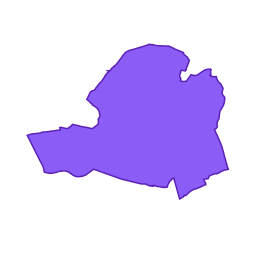 outline of Uitgeest, Noord-Holland, Netherlands, rotated 170°
{"feature_id": "6326949B50941675836803", "entity_name": "Uitgeest", "entity_type": "district", "adm_level": 2, "iso_a3": "NLD", "parent_name": "Netherlands", "parent_adm1": "Noord-Holland", "projection": "robinson", "projection_center": [4.72, 52.523], "detail": "fine", "context": "isolated", "style": "filled", "palette": "violet", "viewbox_px": 256, "rotation_deg": 170, "n_neighbors": 0, "source": "geoboundaries", "source_scale": "gbopen_adm2", "svg_char_len": 5471}
<svg xmlns="http://www.w3.org/2000/svg" viewBox="0 0 256 256"><g transform="rotate(170 128 128)"><path d="M218.1,99.0L216.8,98.5L215.6,97.9L214.5,97.5L213.0,97.0L211.5,96.7L210.6,96.7L208.5,96.7L205.5,96.9L203.4,97.2L202.2,97.2L198.5,96.9L196.9,96.5L196.1,96.1L195.3,95.7L194.3,95.0L193.4,94.2L190.2,91.0L188.7,89.9L188.1,89.5L187.2,89.1L184.3,88.5L183.0,88.4L182.2,88.4L179.8,88.6L178.2,88.9L169.0,93.4L143.1,78.7L125.6,71.0L124.5,70.6L121.4,70.0L120.6,69.8L119.5,69.1L118.0,68.0L117.1,67.6L116.6,67.1L115.4,67.3L115.2,67.3L114.9,67.2L114.7,67.1L114.5,66.7L114.4,66.7L114.5,66.5L114.2,66.4L113.8,66.5L113.5,66.4L113.4,66.3L113.1,66.4L112.9,66.6L112.7,66.9L112.6,67.2L111.4,66.2L110.7,66.1L109.2,65.3L108.7,65.1L108.2,65.1L106.5,64.5L103.9,63.4L103.8,63.7L101.4,62.9L101.2,63.2L100.9,63.2L100.5,63.1L99.6,63.0L98.9,64.7L98.5,65.2L97.5,66.5L96.3,68.0L95.9,68.4L95.1,69.0L93.8,69.7L93.8,69.9L91.6,70.9L90.2,56.4L89.5,49.2L85.5,50.6L85.2,50.9L84.1,51.4L84.1,51.6L84.3,51.9L84.1,52.0L84.0,51.8L83.8,51.7L82.3,51.7L80.9,52.7L80.8,52.8L79.5,53.7L77.7,54.8L75.2,55.7L74.4,56.0L70.4,56.5L67.0,57.3L65.0,57.9L62.5,58.5L61.8,58.7L61.6,58.7L61.6,58.8L61.2,58.7L61.1,59.7L61.1,60.2L61.2,60.8L61.3,61.1L61.8,61.9L62.0,62.3L62.1,62.7L62.3,64.1L61.1,64.3L57.9,64.2L57.8,64.4L57.3,64.8L57.2,65.0L57.0,65.8L56.9,66.1L56.6,66.4L56.4,66.6L55.2,66.8L54.4,67.1L52.5,67.6L52.4,67.6L52.1,67.5L51.3,67.6L50.3,67.9L49.9,67.9L49.5,67.8L49.1,67.5L48.1,67.6L47.2,67.9L46.0,68.0L45.9,68.3L45.4,68.4L44.8,68.7L43.4,69.0L40.2,69.9L39.2,69.7L36.3,69.9L36.4,70.4L36.6,71.2L36.9,72.6L37.0,73.9L37.8,82.6L37.9,83.3L38.0,83.6L38.0,84.0L38.0,84.5L38.0,85.0L38.7,93.1L38.9,94.2L39.1,94.8L39.2,95.2L39.2,95.8L39.3,96.1L41.6,105.8L42.0,107.0L42.3,107.8L42.3,108.0L42.4,108.7L43.1,111.6L42.3,111.9L41.4,112.2L41.0,112.4L40.3,113.0L39.7,114.2L39.7,114.4L39.9,114.9L40.0,115.5L39.2,117.8L39.0,118.5L39.0,118.8L38.6,119.0L38.4,119.1L38.2,119.6L37.9,120.1L37.1,120.9L36.8,121.6L36.0,124.0L35.7,125.1L35.6,125.7L35.2,126.3L35.0,127.0L34.9,127.4L34.9,127.9L34.9,128.0L34.6,128.4L34.2,128.9L33.5,129.7L33.1,130.2L32.8,130.6L32.4,131.1L31.5,132.1L31.1,132.7L30.3,133.4L29.9,134.2L29.6,134.8L29.2,135.5L28.3,137.6L28.1,138.7L27.7,139.5L27.7,140.0L27.6,140.5L27.5,141.0L27.6,141.6L28.0,142.5L29.1,144.6L29.5,145.8L29.4,146.0L29.0,146.6L28.9,147.1L28.3,148.7L27.8,149.6L27.6,150.4L27.6,150.9L28.0,152.2L28.3,152.8L28.7,154.5L29.0,155.1L29.4,155.8L29.6,156.2L30.5,157.0L30.8,157.4L32.2,161.8L32.1,162.2L32.0,163.1L32.8,163.4L33.2,163.5L33.9,163.6L35.3,163.7L35.6,163.8L37.2,164.7L37.5,164.9L37.6,165.0L37.2,165.5L38.0,165.7L36.9,167.4L36.9,167.9L36.9,168.9L36.8,169.6L36.6,170.0L36.0,171.0L36.3,171.3L36.5,171.6L37.9,171.9L39.1,172.0L40.4,172.0L41.9,171.8L43.3,171.4L44.1,171.1L45.6,170.4L49.7,168.5L50.4,168.2L51.0,168.1L52.4,168.1L53.4,168.2L54.4,168.5L55.3,168.8L55.8,169.1L56.7,169.6L59.5,166.8L62.6,163.8L64.2,164.1L65.7,164.2L68.3,165.4L68.0,165.7L67.7,166.5L67.6,167.0L67.5,167.4L67.5,167.8L68.0,169.7L68.1,170.1L68.1,170.4L68.0,170.8L67.9,171.2L67.7,171.5L66.4,173.8L66.6,174.1L65.6,175.7L61.6,174.2L60.7,175.2L61.1,175.4L58.9,178.6L57.5,180.9L55.8,184.1L56.0,184.2L56.3,184.7L56.8,186.0L57.0,186.9L57.2,187.3L58.3,188.7L59.3,189.7L60.6,191.5L60.4,191.9L60.1,192.4L61.6,193.6L64.0,195.0L66.0,196.3L67.6,197.3L67.9,197.4L68.0,197.4L68.4,197.6L68.6,197.8L68.7,198.1L68.9,198.3L70.6,199.5L71.2,199.9L71.8,200.4L72.7,200.9L73.0,201.2L73.5,201.4L73.6,201.5L73.9,201.6L74.1,201.6L74.5,201.9L75.5,201.9L83.7,203.7L84.6,203.9L87.9,205.1L88.1,205.2L88.3,205.5L88.5,205.6L92.0,206.5L92.8,206.8L93.5,206.5L95.2,206.2L97.4,205.9L109.3,204.5L112.4,204.3L113.1,204.2L117.2,203.0L117.4,202.9L118.3,202.0L119.9,200.8L120.7,200.1L121.0,199.6L121.7,198.8L122.5,198.2L123.1,197.5L124.7,196.2L124.8,195.9L125.0,195.8L127.4,193.8L127.6,193.6L127.7,193.4L128.0,193.1L128.5,192.6L131.0,191.1L131.1,191.3L131.3,191.2L131.9,190.7L133.6,189.6L134.6,188.8L135.1,188.3L135.7,187.8L136.1,187.6L136.3,187.6L138.0,187.8L137.5,187.4L137.3,187.1L137.0,187.1L136.8,186.9L138.6,185.9L139.6,185.2L140.6,184.3L141.7,183.2L141.9,183.0L142.0,182.6L142.4,182.1L144.2,180.5L144.5,180.0L145.6,178.8L146.8,178.1L148.2,177.0L149.1,176.3L149.6,175.8L150.5,175.1L151.1,174.2L151.9,173.7L152.5,173.2L153.3,172.3L154.1,171.5L154.5,171.2L154.8,171.1L157.4,170.7L158.5,170.2L159.0,169.7L163.6,163.3L161.2,160.5L161.0,159.8L160.7,159.4L159.7,158.6L159.4,158.3L159.3,157.2L159.1,156.8L158.8,156.6L158.3,156.3L157.9,155.9L157.3,155.3L156.2,154.2L156.0,153.9L155.7,153.5L155.3,153.0L154.9,152.4L153.9,150.6L153.7,150.2L153.5,148.3L153.5,147.7L153.6,147.0L153.5,145.3L153.7,144.5L153.8,144.2L154.3,143.5L155.7,142.0L155.9,141.3L155.9,140.3L156.3,138.2L156.9,137.0L157.2,136.7L160.4,135.0L162.1,134.2L162.5,133.9L162.8,133.7L163.3,133.7L163.6,133.7L166.4,134.8L168.4,135.7L169.1,135.9L170.1,136.2L172.3,137.0L174.8,138.0L176.7,139.0L182.1,141.2L182.3,140.8L183.0,140.4L183.4,139.9L185.6,139.0L186.7,138.2L186.9,138.1L187.3,138.0L188.3,138.2L189.6,138.5L191.2,139.1L193.2,140.1L193.9,140.3L194.6,140.3L195.1,140.3L195.2,140.2L195.0,139.5L194.9,138.8L195.0,137.9L200.5,138.1L201.5,138.0L203.8,138.2L209.7,138.4L210.8,138.6L212.2,138.7L213.2,138.9L213.7,138.6L214.1,138.5L214.7,138.4L215.5,138.3L224.1,138.8L225.4,138.7L226.4,138.5L228.5,138.3L227.3,134.3L222.5,118.1L222.4,117.9L220.9,113.0L220.6,111.8L220.6,111.7L220.4,111.4L220.0,109.9L219.4,108.2L219.0,107.0L218.4,104.5L218.2,103.5L218.1,102.3L218.1,99.0Z" fill="#8b5cf6" stroke="#5b21b6" stroke-width="1.5"/></g></svg>